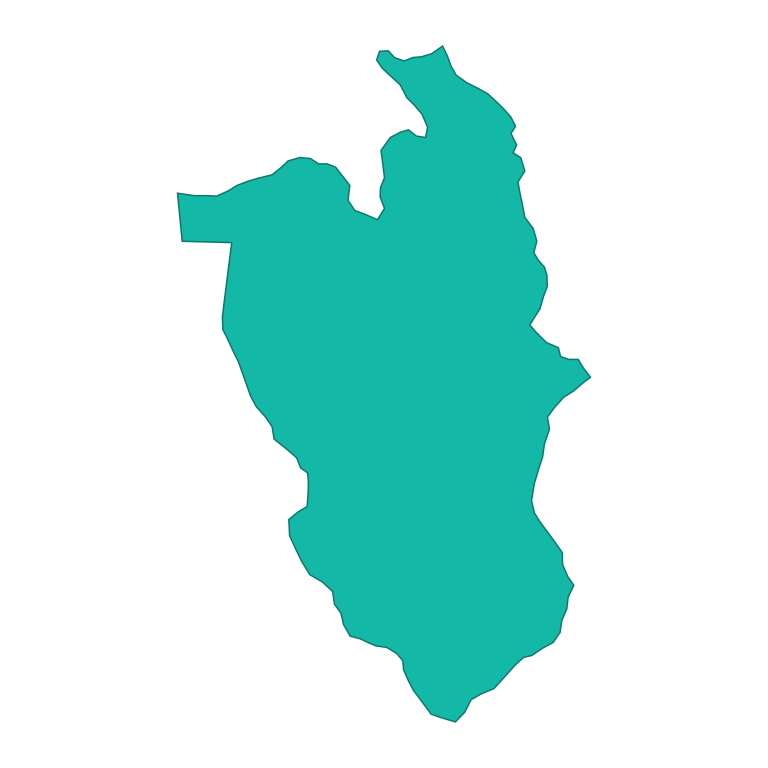 Lontras, Santa Catarina, Brazil (orthographic projection)
{"feature_id": "56859067B57169366495150", "entity_name": "Lontras", "entity_type": "district", "adm_level": 2, "iso_a3": "BRA", "parent_name": "Brazil", "parent_adm1": "Santa Catarina", "projection": "orthographic", "projection_center": [-49.504, -27.189], "detail": "fine", "context": "isolated", "style": "filled", "palette": "teal", "viewbox_px": 768, "rotation_deg": 0, "n_neighbors": 0, "source": "geoboundaries", "source_scale": "gbopen_adm2", "svg_char_len": 2104}
<svg xmlns="http://www.w3.org/2000/svg" viewBox="0 0 768 768"><path d="M442.6,46.1L431.5,53.8L421.3,56.8L413.0,57.5L404.1,60.9L394.6,57.7L388.3,50.8L379.6,51.3L376.6,59.9L381.9,67.8L388.8,74.4L400.1,84.7L407.1,98.0L414.3,105.1L422.0,114.2L427.6,127.2L425.5,137.5L416.1,136.0L408.5,129.8L400.3,132.2L390.3,137.5L381.0,150.4L382.8,163.9L384.5,177.7L380.5,187.5L380.1,197.0L384.5,208.4L377.5,219.7L363.5,213.7L354.8,210.5L348.0,200.4L349.8,185.4L341.6,174.9L335.6,167.2L327.1,163.9L318.6,163.9L310.5,158.6L300.1,157.5L288.1,160.9L281.0,167.6L272.0,174.9L259.6,177.8L248.3,181.1L236.8,185.5L228.3,190.9L216.6,196.1L205.6,195.6L193.6,195.6L177.5,193.2L182.2,241.3L231.7,242.6L224.2,301.8L222.4,317.1L222.9,329.7L227.5,338.8L233.0,350.8L238.6,362.2L250.6,396.1L256.2,406.6L265.6,417.1L272.1,426.8L274.1,439.2L282.7,445.9L290.4,452.3L296.7,457.9L300.7,468.0L307.6,472.9L308.4,482.0L308.1,493.5L307.1,506.6L298.9,511.3L288.8,519.5L289.6,535.8L296.1,549.8L301.6,561.3L309.8,574.7L322.4,582.0L332.7,591.6L334.4,604.1L340.9,613.1L343.6,624.7L350.2,636.2L360.2,638.8L368.7,642.9L376.0,645.9L386.7,647.4L396.8,653.6L402.8,660.7L403.6,669.9L408.3,680.5L413.5,690.5L421.1,700.6L431.1,714.2L442.1,718.0L455.4,721.9L464.7,712.2L471.2,699.6L481.4,693.8L493.9,688.6L504.0,677.5L515.2,665.0L523.7,657.3L531.8,655.5L542.5,648.2L553.1,642.5L560.1,632.4L561.8,620.5L566.8,608.8L568.1,597.2L573.8,585.4L567.8,576.6L562.6,564.6L562.3,552.7L555.0,542.2L546.8,531.1L539.7,521.4L534.5,513.1L531.5,500.8L534.4,483.4L538.7,468.9L542.7,456.6L544.4,444.0L549.5,429.1L547.4,417.1L554.5,407.5L563.5,397.4L573.4,391.1L582.9,383.0L590.5,377.2L583.5,368.2L578.2,359.4L568.7,359.4L560.6,356.6L558.4,347.8L546.4,342.5L536.2,332.4L529.8,324.9L540.1,308.5L543.6,296.1L547.3,286.4L546.9,275.3L544.4,267.1L538.4,260.3L533.8,252.7L536.8,241.2L533.3,228.7L524.8,217.3L522.5,205.1L520.0,193.3L518.0,182.0L524.8,171.0L520.8,157.7L513.1,152.8L516.6,145.0L511.0,133.5L515.6,126.2L510.6,116.7L504.6,109.9L497.0,102.3L488.0,94.0L478.1,88.4L466.6,82.6L456.3,75.3L451.1,66.3L447.3,55.8L442.6,46.1Z" fill="#14b8a6" stroke="#0f766e" stroke-width="1.5"/></svg>